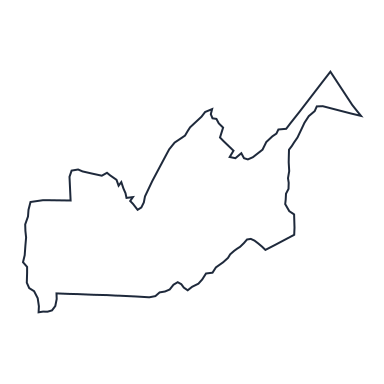 Bom Jardim, Pernambuco, Brazil (Equal Earth projection)
{"feature_id": "56859067B47522840636001", "entity_name": "Bom Jardim", "entity_type": "district", "adm_level": 2, "iso_a3": "BRA", "parent_name": "Brazil", "parent_adm1": "Pernambuco", "projection": "equal_earth", "projection_center": [-35.571, -7.77], "detail": "fine", "context": "isolated", "style": "outline", "palette": "slate", "viewbox_px": 384, "rotation_deg": 0, "n_neighbors": 0, "source": "geoboundaries", "source_scale": "gbopen_adm2", "svg_char_len": 1867}
<svg xmlns="http://www.w3.org/2000/svg" viewBox="0 0 384 384"><path d="M361.0,115.9L357.1,111.1L352.2,104.9L330.4,71.7L322.1,82.4L299.5,111.8L290.3,123.4L286.2,128.8L278.4,129.5L276.4,133.6L272.4,136.3L266.3,142.0L262.5,149.7L252.9,157.2L247.9,159.4L244.0,158.2L241.3,153.2L235.4,158.2L229.7,157.0L233.5,150.7L223.1,140.7L220.0,137.5L223.1,127.6L218.8,123.4L216.4,118.9L212.5,118.3L210.8,114.2L212.1,109.1L205.1,112.0L201.5,116.7L190.1,127.3L187.9,130.7L185.0,135.6L174.6,142.6L169.2,149.3L166.5,154.3L152.3,181.0L145.0,196.4L143.8,202.5L141.3,207.5L137.6,209.8L133.0,203.9L130.2,201.0L132.9,197.1L126.5,197.9L125.5,193.2L123.4,188.4L121.3,182.1L118.6,185.7L116.5,179.8L109.9,175.2L107.0,172.8L101.8,175.7L91.7,173.5L82.5,171.4L78.1,169.5L71.6,170.6L69.5,176.8L70.6,200.5L48.0,200.2L42.9,200.2L30.5,202.0L28.5,209.8L28.0,216.5L25.2,224.4L25.4,230.9L26.1,237.5L25.4,245.5L24.7,255.2L23.0,262.2L27.1,266.9L27.1,272.7L26.8,282.7L29.2,288.1L34.1,291.2L37.7,298.2L38.9,306.3L38.6,312.3L43.0,311.6L47.5,311.7L52.0,310.4L55.3,306.0L56.7,299.0L56.5,293.4L68.9,293.9L77.8,294.1L93.8,294.8L107.3,295.1L115.7,295.6L119.5,295.7L136.2,296.5L149.3,297.3L155.4,296.1L159.6,292.4L165.0,291.5L169.7,289.5L173.5,284.7L177.7,282.2L181.3,284.2L183.8,287.6L187.7,290.3L192.1,286.8L198.4,283.7L202.2,279.5L206.0,273.5L212.5,272.7L215.9,267.4L219.7,264.7L223.1,262.3L228.0,257.9L230.2,254.3L234.2,250.8L237.1,248.7L240.1,246.8L243.9,243.1L247.0,239.5L250.8,238.9L254.5,240.6L258.3,243.5L262.1,246.7L265.4,249.9L275.3,244.8L294.2,234.8L294.5,227.7L294.1,214.4L289.3,211.2L285.2,204.1L285.7,199.6L286.0,193.7L288.5,188.9L288.7,182.8L288.0,178.2L289.2,171.1L288.7,162.2L288.8,157.0L289.0,149.7L291.9,145.9L294.1,142.4L297.5,137.5L301.5,129.1L304.5,122.7L308.8,116.1L314.7,111.1L316.8,106.4L322.8,106.2L341.3,111.0L351.0,113.5L361.0,115.9Z" fill="none" stroke="#1e293b" stroke-width="2"/></svg>